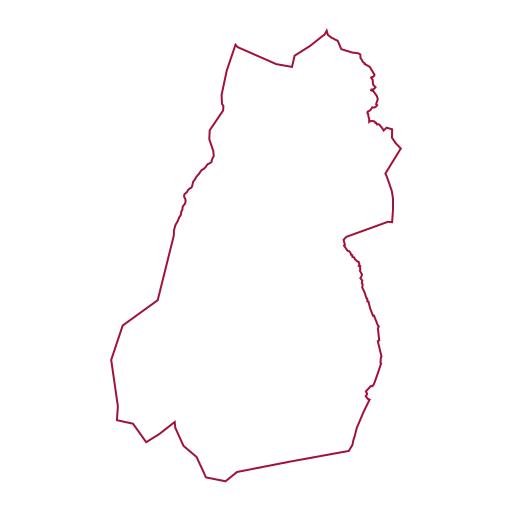 Santa Catarina Ixtepeji, Oaxaca, Mexico (Mercator projection)
{"feature_id": "50627088B41329862144169", "entity_name": "Santa Catarina Ixtepeji", "entity_type": "district", "adm_level": 2, "iso_a3": "MEX", "parent_name": "Mexico", "parent_adm1": "Oaxaca", "projection": "mercator", "projection_center": [-96.56, 17.222], "detail": "fine", "context": "isolated", "style": "outline", "palette": "rose", "viewbox_px": 512, "rotation_deg": 0, "n_neighbors": 0, "source": "geoboundaries", "source_scale": "gbopen_adm2", "svg_char_len": 2800}
<svg xmlns="http://www.w3.org/2000/svg" viewBox="0 0 512 512"><path d="M111.2,359.9L117.9,406.5L116.9,420.2L132.6,423.6L133.0,423.7L146.2,442.2L159.2,434.1L174.7,422.0L175.3,427.8L183.5,445.9L196.6,457.0L199.1,462.5L203.1,471.0L205.7,477.0L206.1,477.4L225.5,481.3L237.0,472.0L262.3,467.0L290.6,461.5L336.7,453.1L348.7,451.0L352.4,445.0L353.4,440.0L354.5,436.9L356.7,428.1L363.8,411.4L369.6,399.6L367.6,398.7L365.7,396.1L367.1,394.3L367.1,393.5L366.7,393.1L365.9,391.4L369.8,387.1L370.8,386.1L371.9,386.3L372.2,385.7L373.2,385.5L374.5,382.6L377.2,375.1L381.1,363.4L380.5,362.9L380.9,357.3L381.5,356.5L377.8,341.2L379.2,340.4L377.9,328.4L378.8,326.4L377.8,325.3L374.0,315.6L373.0,315.8L370.2,308.5L368.4,301.5L367.4,301.4L367.2,298.6L366.5,298.2L364.5,292.3L362.2,287.3L362.7,284.5L361.8,283.2L362.3,280.6L360.4,278.2L361.3,276.7L362.0,274.6L359.9,270.7L360.4,269.1L360.0,268.0L360.2,266.1L358.8,265.9L359.4,264.1L358.6,261.8L357.4,261.5L354.9,259.2L354.2,257.5L352.4,256.9L352.3,255.2L351.0,254.7L350.6,253.0L349.3,251.3L347.5,250.7L344.0,245.6L344.9,244.8L344.5,243.4L343.6,239.8L346.4,236.8L387.9,221.8L392.1,222.2L393.0,209.6L393.0,199.0L392.5,195.2L391.7,190.7L388.5,181.4L386.6,176.1L385.4,173.5L400.8,148.5L395.6,143.1L392.0,137.7L392.1,129.3L386.6,127.7L383.6,130.5L382.7,128.9L381.2,126.9L379.4,124.6L378.1,124.2L377.1,124.5L376.5,123.5L376.2,122.8L375.4,122.9L374.9,121.9L373.9,121.2L371.1,121.0L369.9,121.2L369.2,121.8L369.2,119.5L369.2,118.6L368.9,118.2L368.3,115.6L368.1,113.8L367.4,113.2L367.7,111.6L368.5,111.3L369.8,110.5L370.4,110.1L372.3,107.3L373.2,107.5L374.0,107.6L375.5,107.0L377.2,105.2L376.1,104.1L377.8,99.1L376.8,95.9L373.4,91.3L371.1,90.3L371.4,89.5L373.5,89.4L375.5,87.3L373.1,84.6L372.6,79.7L371.1,77.7L371.4,77.2L371.9,77.1L372.6,77.0L374.0,76.1L374.5,74.7L369.7,66.8L364.7,64.0L364.8,63.4L362.8,61.9L361.4,59.2L360.5,58.1L360.3,54.5L358.3,53.3L352.2,52.5L341.3,49.2L337.8,40.9L331.2,37.5L327.8,34.8L326.7,30.7L324.6,34.6L322.3,36.2L310.1,45.9L294.6,55.7L292.0,66.9L276.2,64.1L237.6,47.1L235.5,44.7L226.8,70.4L221.6,94.8L222.0,103.9L223.4,106.0L223.1,110.5L209.7,130.3L209.3,139.3L213.3,151.0L213.6,154.6L213.7,156.4L212.8,157.6L211.8,160.3L211.4,162.1L209.6,163.3L207.4,164.4L206.0,166.6L204.7,167.9L204.1,168.7L201.8,169.9L200.1,172.1L198.9,174.0L197.4,175.6L196.5,176.7L194.2,180.5L193.2,181.6L192.1,186.2L191.6,187.1L191.3,187.7L189.7,188.5L187.9,190.2L187.1,191.8L186.0,192.9L184.8,193.9L184.3,194.5L184.1,196.7L185.2,198.7L185.5,199.9L185.6,201.6L184.8,204.0L183.5,205.5L182.7,206.8L182.4,209.3L182.1,210.3L181.5,211.2L181.1,212.7L181.1,214.0L180.4,215.7L179.1,217.5L178.4,219.3L177.9,220.8L175.5,224.9L173.9,230.4L173.9,230.5L173.9,232.7L173.8,235.5L173.3,237.6L157.7,300.2L141.9,311.6L122.7,325.5L111.2,359.9Z" fill="none" stroke="#9f1239" stroke-width="2"/></svg>